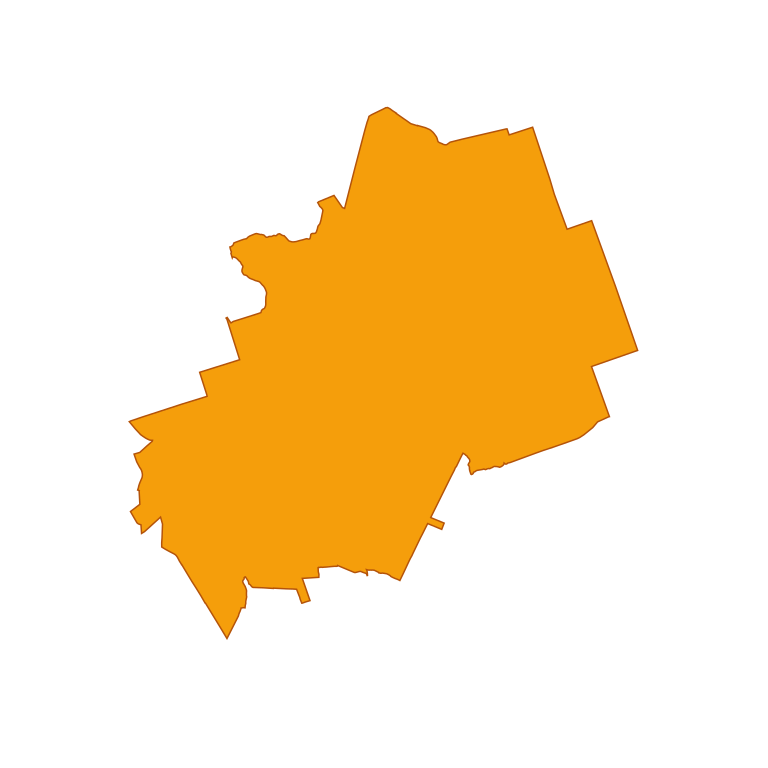 Draganesti-Vlasca, Teleorman, Romania, rotated 195°
{"feature_id": "2599482B67240297186090", "entity_name": "Draganesti-Vlasca", "entity_type": "district", "adm_level": 2, "iso_a3": "ROU", "parent_name": "Romania", "parent_adm1": "Teleorman", "projection": "albers", "projection_center": [25.585, 44.073], "detail": "fine", "context": "isolated", "style": "filled", "palette": "amber", "viewbox_px": 768, "rotation_deg": 195, "n_neighbors": 0, "source": "geoboundaries", "source_scale": "gbopen_adm2", "svg_char_len": 6122}
<svg xmlns="http://www.w3.org/2000/svg" viewBox="0 0 768 768"><g transform="rotate(195 384 384)"><path d="M452.1,652.0L452.8,651.6L453.7,651.4L456.0,649.3L465.8,640.8L467.8,638.6L467.8,636.3L468.1,632.3L468.2,623.9L468.0,586.1L467.5,543.4L469.9,543.7L481.1,553.2L494.1,543.3L495.0,542.1L492.8,539.8L492.1,539.0L490.2,538.0L488.8,537.0L488.0,536.0L487.8,534.2L487.4,527.5L487.3,526.0L487.4,522.2L488.2,520.4L488.6,519.3L488.6,517.9L488.5,516.7L488.7,513.4L489.2,512.0L490.6,511.3L492.1,510.9L493.0,510.3L493.4,509.4L493.1,506.3L493.3,505.0L494.3,504.4L496.1,504.4L496.8,504.1L499.9,502.2L502.5,500.8L505.6,498.9L508.0,497.9L509.6,497.5L511.5,497.5L512.8,497.6L513.9,498.2L516.7,500.1L518.9,501.4L519.7,501.2L520.7,501.3L521.7,501.5L522.4,501.8L523.7,502.1L524.8,501.6L525.6,501.0L526.0,500.1L526.5,499.4L527.4,499.1L528.2,499.1L528.9,499.0L530.3,497.8L530.9,497.4L532.8,496.9L533.3,496.7L534.3,495.8L534.9,495.5L535.7,495.3L536.5,495.6L538.4,496.7L539.0,496.8L541.3,496.7L541.9,496.4L544.9,496.4L546.2,496.3L547.2,495.8L548.7,494.7L552.1,492.1L552.8,491.3L553.4,490.6L554.4,488.8L556.9,487.5L558.7,486.3L563.5,482.9L565.5,481.4L565.7,479.5L565.9,478.8L566.3,478.3L567.0,477.4L568.0,476.5L568.3,476.4L567.2,474.3L566.9,474.0L566.3,472.9L565.7,472.4L565.6,471.5L565.6,470.9L565.7,470.6L563.2,466.6L563.1,467.3L562.8,467.6L562.4,467.7L560.4,467.7L558.8,467.2L555.5,465.2L554.5,464.8L552.4,462.6L551.3,461.8L551.0,461.5L550.8,461.1L550.6,460.4L550.7,459.8L550.7,457.5L550.6,457.0L550.4,456.2L550.1,455.6L549.5,454.9L547.9,453.4L547.2,453.2L545.9,453.3L544.9,453.2L544.3,453.0L543.0,452.2L541.9,451.7L540.6,451.3L538.8,451.1L537.4,451.0L535.1,450.6L532.8,450.6L531.2,450.5L530.6,450.4L530.0,450.1L527.2,448.2L525.7,447.4L524.3,446.2L523.3,445.1L521.7,442.9L521.0,441.7L520.7,440.0L520.6,437.4L520.2,435.8L520.1,435.3L519.5,432.7L519.0,431.1L518.7,429.7L518.7,429.2L518.6,428.5L518.8,427.8L518.8,427.1L519.1,426.2L519.5,425.6L520.1,425.2L520.5,424.8L521.1,423.9L521.4,423.0L521.3,421.6L521.5,421.0L523.7,419.5L538.2,410.2L539.0,409.7L545.8,405.4L547.3,403.7L547.7,403.4L548.5,404.0L552.7,407.7L553.1,407.3L553.6,406.8L552.4,405.8L529.7,370.1L565.1,347.6L552.4,327.8L551.7,326.3L573.8,312.4L609.0,289.5L618.9,282.9L620.3,281.7L612.5,276.2L606.0,272.1L603.1,271.0L600.4,270.1L598.3,269.6L595.9,269.2L594.2,269.4L593.0,269.7L593.0,268.7L597.0,262.8L602.2,254.7L607.3,251.6L602.7,244.8L598.4,240.2L597.2,239.2L596.4,238.4L595.7,237.5L595.0,236.4L594.1,234.5L593.8,233.6L593.5,231.7L593.5,230.8L594.2,226.1L594.4,224.1L594.5,222.0L594.4,220.3L594.5,217.8L592.8,217.7L592.8,217.2L588.7,204.6L595.9,195.2L586.7,186.0L585.1,185.3L582.3,185.1L579.5,176.9L577.1,179.4L565.4,197.6L561.7,191.4L558.6,178.0L557.6,172.9L556.5,169.0L552.5,167.8L547.6,166.6L543.0,165.6L541.4,165.1L540.3,164.5L538.7,163.2L535.7,159.9L533.2,157.6L532.8,157.1L532.6,157.2L526.1,150.9L518.3,143.4L512.7,138.3L506.1,132.1L500.1,126.1L499.9,126.2L499.7,126.1L478.4,105.8L469.8,97.5L464.6,122.2L464.6,123.4L464.6,124.4L464.5,125.4L464.2,127.1L464.1,128.5L464.0,130.0L464.1,130.6L461.8,131.6L460.3,131.8L460.4,132.5L460.7,134.3L460.7,136.1L461.2,138.0L461.3,138.5L461.4,140.1L461.5,142.4L461.7,143.3L462.0,143.8L462.8,146.6L463.1,148.1L463.2,148.6L463.8,149.8L465.6,152.4L468.1,154.9L468.9,155.8L469.4,156.8L469.5,157.1L469.4,157.7L468.7,159.4L468.7,159.8L469.0,160.7L468.9,160.9L468.6,161.4L468.2,161.7L467.9,161.8L464.4,158.7L463.6,157.5L462.8,155.9L461.3,155.5L460.0,154.5L458.9,153.8L457.9,153.6L447.9,155.9L437.9,157.9L437.9,158.2L425.7,160.8L418.9,162.4L415.3,163.1L411.6,158.0L410.5,156.6L409.1,154.2L406.7,151.0L406.0,151.3L403.3,153.2L399.4,155.6L412.6,175.1L396.9,180.4L397.6,183.4L398.8,185.5L400.0,189.1L400.1,189.6L399.9,189.9L398.7,190.1L397.5,190.8L396.3,190.9L395.7,191.1L394.1,191.7L392.5,192.2L388.5,193.7L384.9,195.0L382.4,195.7L381.9,196.0L381.9,196.7L364.1,194.3L363.6,194.3L362.8,194.5L359.3,196.5L358.2,196.9L357.6,196.9L355.6,196.6L352.3,196.4L351.9,196.1L351.5,195.7L350.7,194.6L350.4,194.8L351.1,197.0L351.6,198.1L352.1,199.2L352.9,200.2L351.1,200.2L350.5,200.3L348.8,200.8L347.9,201.0L347.0,201.3L345.2,201.6L340.3,200.6L340.1,200.2L339.4,200.3L338.8,200.3L338.3,200.3L337.9,200.4L337.0,200.8L336.4,201.0L335.6,201.0L335.1,201.2L334.1,201.2L333.4,201.3L332.3,201.4L330.2,201.0L328.2,200.4L327.8,200.0L327.6,199.9L326.0,199.5L322.9,199.0L320.4,198.8L318.7,198.5L317.8,198.3L316.3,206.2L314.0,219.2L313.4,222.3L312.6,225.4L312.2,227.9L309.0,244.8L308.1,248.8L305.7,260.5L290.6,258.5L289.9,265.2L301.6,266.7L304.3,267.1L295.4,311.5L293.7,319.3L293.5,321.3L293.2,322.2L292.8,322.8L292.7,323.2L291.0,332.1L290.1,336.4L289.8,337.6L288.5,337.2L287.5,337.0L286.7,336.4L285.5,336.1L284.5,335.2L282.3,333.7L281.6,332.9L281.4,332.6L281.3,331.9L281.0,331.2L281.7,329.0L281.8,327.7L281.7,327.5L280.8,326.9L280.0,325.9L279.9,325.3L279.7,325.1L279.7,324.6L279.5,324.2L279.4,323.8L279.2,323.4L278.9,322.7L278.6,322.5L278.5,322.0L278.1,321.4L277.3,320.3L277.1,319.8L276.6,319.3L276.1,319.2L275.4,319.7L274.9,320.3L274.6,321.2L274.7,321.8L274.5,322.1L273.7,322.6L272.7,323.8L272.1,324.4L271.2,324.9L267.0,326.8L265.5,327.7L264.2,327.6L263.7,327.6L262.3,328.8L260.9,329.5L260.7,329.5L260.4,329.5L259.9,329.6L259.1,330.4L258.0,331.2L256.7,332.5L256.2,332.9L254.8,333.2L253.9,333.4L252.2,333.6L251.1,333.5L250.6,333.6L249.2,334.7L248.0,336.2L247.7,336.8L247.4,337.6L247.4,338.1L247.5,338.7L246.7,338.3L246.1,338.1L245.4,338.2L244.9,338.5L244.5,338.8L244.3,339.3L243.9,339.7L241.8,340.8L219.7,356.4L213.2,360.9L203.9,367.0L191.3,375.6L183.2,381.2L181.1,383.0L177.8,386.7L171.1,395.9L167.9,402.7L158.7,410.3L157.8,410.8L188.1,454.6L147.7,482.1L185.6,538.1L225.7,595.5L247.2,580.9L268.7,611.5L276.7,624.6L306.9,670.5L327.6,657.0L331.2,662.3L332.2,661.9L371.9,640.7L382.7,634.7L385.3,631.5L386.0,631.1L386.9,630.9L387.9,630.8L389.2,630.9L389.7,631.1L393.0,631.5L394.1,631.9L394.5,632.1L394.9,632.6L396.1,634.7L396.6,635.4L397.4,636.4L400.5,638.9L402.0,639.9L404.6,641.2L405.8,641.6L410.3,642.3L418.6,642.4L418.6,642.1L425.5,642.4L442.3,648.5L442.2,648.8L446.5,650.2L449.5,651.4L451.7,651.9L452.1,652.0Z" fill="#f59e0b" stroke="#b45309" stroke-width="1.5"/></g></svg>